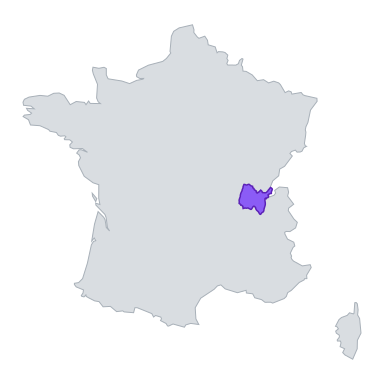 France, with Ain highlighted
{"feature_id": "FRA-5262", "entity_name": "Ain", "entity_type": "Metropolitan department", "adm_level": 1, "iso_a3": "FRA", "parent_name": "France", "parent_adm1": "", "projection": "orthographic", "projection_center": [5.485, 46.077], "detail": "fine", "context": "in_parent", "style": "filled", "palette": "violet", "viewbox_px": 384, "rotation_deg": 0, "n_neighbors": 0, "source": "natural_earth", "source_scale": "10m", "svg_char_len": 6173}
<svg xmlns="http://www.w3.org/2000/svg" viewBox="0 0 384 384"><path d="M306.5,146.3L303.7,147.9L302.0,151.2L300.2,152.0L297.0,152.1L295.4,150.1L291.5,151.5L289.9,153.5L292.3,156.0L284.6,166.3L279.7,169.1L278.7,175.8L272.8,180.8L270.7,186.1L270.5,187.2L272.0,188.9L271.4,192.3L268.4,194.6L268.4,196.8L269.3,197.1L273.9,195.3L275.6,193.2L274.7,190.4L279.3,187.0L287.6,187.7L288.6,192.2L287.6,196.1L293.7,204.2L288.6,208.2L288.3,210.7L293.8,218.9L297.3,222.3L295.6,227.9L289.9,231.6L286.2,231.4L284.7,232.3L284.9,234.0L287.5,239.1L293.8,242.2L294.8,246.0L293.1,247.4L290.3,253.2L291.6,256.1L291.1,257.3L291.8,259.2L293.5,261.1L302.3,265.9L310.2,264.7L311.2,267.5L306.6,275.2L306.9,278.6L304.5,278.7L304.1,279.9L299.2,282.5L291.4,290.3L287.7,292.6L286.3,296.5L284.1,298.6L272.7,303.1L270.6,302.2L265.0,302.3L261.5,299.6L254.8,297.8L252.7,293.8L246.4,293.0L246.1,290.3L237.4,292.7L225.2,288.9L220.9,284.9L217.4,285.9L214.1,289.3L200.7,298.2L195.2,307.7L195.9,318.9L198.8,324.5L190.7,323.4L185.8,324.9L184.4,327.2L173.0,324.0L168.6,326.1L167.5,325.9L166.1,323.5L160.5,320.6L161.5,318.8L160.8,317.1L155.6,315.5L153.6,317.0L151.8,313.6L137.2,307.7L134.9,307.7L133.6,312.7L124.1,311.9L122.8,310.9L116.6,311.6L110.4,306.4L103.1,306.8L99.0,301.6L94.7,300.9L88.8,297.9L86.2,296.4L85.9,294.9L84.0,296.9L81.7,296.3L81.3,295.6L83.0,293.0L83.5,289.9L76.2,286.9L74.4,284.5L74.4,283.3L78.6,282.6L82.6,278.6L87.4,263.2L91.4,244.8L93.5,241.4L95.8,240.7L94.2,238.0L91.7,241.1L94.5,224.2L98.1,211.6L103.8,217.4L105.1,219.8L106.3,227.5L109.6,231.0L107.5,227.7L106.1,217.4L104.9,214.4L95.9,205.1L95.7,203.2L99.9,204.5L98.7,198.1L98.8,184.7L93.1,182.8L84.2,176.3L78.8,165.6L78.4,161.7L80.5,157.8L79.3,155.1L76.7,153.1L79.1,149.9L81.1,149.7L87.5,152.3L82.4,148.5L73.5,148.8L70.1,147.3L69.8,144.8L72.4,142.0L69.7,139.8L64.7,139.7L64.2,138.8L65.9,136.8L64.7,135.8L60.5,136.2L58.3,135.3L56.4,132.5L49.9,131.2L48.6,129.6L39.9,125.7L30.5,125.0L28.5,119.7L23.1,116.6L24.4,115.1L30.3,114.4L31.6,113.1L27.7,110.5L26.5,108.3L34.2,108.8L31.0,106.1L23.6,105.3L23.0,102.2L24.4,99.3L29.0,97.1L40.0,95.4L47.8,96.2L53.7,93.3L59.2,93.0L64.1,95.3L70.2,104.7L76.2,101.5L84.5,102.4L86.0,104.7L88.6,101.0L90.2,103.4L100.4,103.6L98.2,101.8L96.6,98.0L97.5,84.3L93.3,73.9L92.4,70.2L93.0,67.2L98.9,68.3L104.0,67.3L106.3,68.5L106.3,74.9L108.1,78.8L121.8,81.0L129.6,83.6L136.6,80.4L143.0,79.2L143.6,78.4L139.9,78.5L136.7,76.7L136.4,75.0L138.5,70.1L148.4,65.2L162.7,61.4L166.4,58.5L170.8,53.0L170.0,51.5L171.4,36.2L173.7,31.3L179.1,27.9L192.5,24.8L194.0,29.8L193.8,32.5L197.2,36.9L198.9,38.3L204.8,36.2L207.5,40.3L208.2,44.8L215.2,46.9L217.1,52.8L218.5,51.6L222.9,51.9L225.0,52.5L227.8,55.1L226.9,58.6L228.1,60.4L226.8,63.6L227.7,65.0L235.9,65.1L238.4,63.7L239.5,60.4L242.0,58.5L243.0,59.1L241.3,65.2L242.5,66.7L243.0,71.1L246.1,71.4L252.2,74.9L257.3,80.7L263.6,79.7L268.6,82.9L273.8,81.2L278.7,82.9L280.4,84.6L285.1,92.6L288.6,90.9L291.1,91.8L291.9,94.1L301.2,92.5L303.0,94.8L304.9,95.6L316.9,98.3L317.1,101.3L310.5,110.1L307.9,122.5L305.9,126.8L305.3,130.0L305.9,132.1L305.6,135.5L304.4,143.5L305.3,145.9L306.5,146.3ZM358.1,309.9L357.6,315.0L359.6,318.5L361.0,333.1L357.4,340.3L357.2,348.8L352.7,359.2L345.0,355.0L342.7,352.6L344.6,348.7L340.1,346.7L341.0,342.9L340.5,341.1L337.4,341.0L337.2,340.0L339.4,337.1L339.3,335.2L336.3,333.1L335.7,331.1L338.4,328.8L337.0,326.8L335.5,326.3L339.0,319.6L341.5,317.5L347.2,315.4L349.5,312.8L353.4,313.9L354.0,313.3L354.8,302.7L356.1,302.5L357.3,303.8L358.1,309.9ZM96.8,198.6L95.7,201.6L92.5,196.1L92.2,193.2L96.8,198.6Z" fill="#d9dde1" stroke="#a8b0b8" stroke-width="1"/><path d="M271.9,190.5L271.6,191.3L271.5,191.5L271.3,192.5L271.3,192.9L271.4,193.2L271.3,193.5L270.7,193.6L270.4,193.6L270.2,193.6L268.7,194.3L268.1,194.7L268.0,195.1L268.3,195.6L268.7,196.1L268.6,196.4L268.5,196.7L268.1,197.5L267.8,197.6L267.3,197.5L267.1,197.6L266.9,197.8L266.6,198.3L266.4,198.6L266.1,198.8L265.9,198.6L265.7,198.4L265.4,198.2L265.0,198.7L264.9,200.3L265.3,203.0L265.3,204.1L265.3,204.3L265.1,205.5L264.4,207.8L264.2,208.5L264.0,209.0L264.0,209.3L264.0,209.5L263.9,209.7L263.9,209.8L263.9,210.0L263.9,210.3L263.8,210.5L263.8,210.8L263.7,211.0L263.6,211.3L263.5,211.5L263.4,211.7L263.3,211.8L263.2,211.9L263.1,212.0L262.9,212.0L262.3,212.4L261.8,212.8L261.0,213.9L260.6,214.3L260.1,214.3L259.6,213.9L258.7,212.4L258.3,211.7L256.6,210.2L256.0,209.2L255.5,207.9L255.6,207.6L255.5,207.4L254.4,206.4L254.0,206.2L253.8,206.2L253.7,206.3L253.1,206.6L252.8,207.1L251.7,208.9L251.3,209.3L250.9,209.4L250.4,209.3L249.7,208.8L249.1,208.6L248.3,208.1L248.0,208.0L247.6,208.0L246.7,208.2L246.3,208.2L244.9,208.0L244.5,208.1L243.8,208.4L243.1,208.5L243.1,207.8L242.8,206.9L242.9,206.3L242.4,206.0L241.9,205.5L241.4,205.1L240.8,205.2L240.6,204.6L240.2,204.3L240.1,204.0L240.0,203.9L239.3,203.6L239.1,203.4L239.1,203.1L239.3,202.0L239.2,201.3L239.1,200.5L239.1,199.9L239.4,199.3L239.6,198.2L239.8,197.9L240.1,197.0L240.3,196.7L240.3,196.0L240.3,195.8L240.3,195.6L240.3,195.3L240.4,194.9L240.8,193.3L240.9,193.1L242.2,190.3L242.2,190.2L242.2,189.9L242.2,189.7L242.3,189.4L242.5,189.0L242.8,188.3L242.9,188.0L243.0,187.7L243.1,186.5L243.2,186.4L243.2,186.2L243.5,185.6L243.7,185.1L243.8,184.7L244.0,184.4L244.3,184.4L244.6,184.4L245.0,184.5L245.9,184.9L246.2,185.0L246.8,185.0L248.2,184.4L248.9,184.3L249.2,184.4L249.5,184.5L249.9,184.9L250.3,185.4L251.0,185.8L252.6,186.3L252.7,187.5L252.9,187.9L253.5,188.1L253.9,188.5L254.0,188.8L254.1,189.1L254.2,189.6L254.4,189.8L254.6,190.0L255.1,190.2L255.4,190.3L255.7,190.8L255.9,190.9L256.4,191.0L256.5,191.1L256.5,191.3L256.5,191.6L256.4,191.8L256.4,192.1L256.4,192.5L256.6,192.7L256.7,192.8L257.4,193.0L257.5,193.0L257.6,192.9L257.8,192.6L258.3,192.4L258.5,192.3L258.7,192.0L258.8,191.9L259.0,191.8L259.2,191.7L259.3,191.7L259.5,191.5L259.6,191.3L259.6,191.2L259.9,190.9L260.0,190.9L260.2,190.6L260.7,190.1L261.9,191.2L262.1,191.6L262.2,191.9L262.2,192.1L262.3,192.4L262.5,192.6L265.3,192.8L265.8,192.7L266.0,192.6L266.3,192.5L267.1,191.7L267.4,191.3L267.5,191.2L267.9,190.9L268.2,190.2L268.3,190.1L269.2,189.2L269.3,188.9L269.5,188.6L270.5,187.5L271.7,188.3L272.0,188.6L272.3,189.2L272.3,189.5L271.9,190.5Z" fill="#8b5cf6" stroke="#5b21b6" stroke-width="1.5"/></svg>